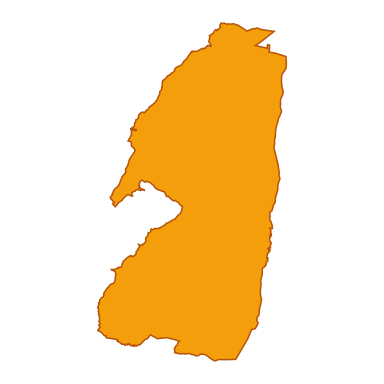 outline of Cuca, Arges, Romania
{"feature_id": "2599482B86773297924041", "entity_name": "Cuca", "entity_type": "district", "adm_level": 2, "iso_a3": "ROU", "parent_name": "Romania", "parent_adm1": "Arges", "projection": "equal_earth", "projection_center": [24.49, 44.95], "detail": "fine", "context": "isolated", "style": "filled", "palette": "amber", "viewbox_px": 384, "rotation_deg": 0, "n_neighbors": 0, "source": "geoboundaries", "source_scale": "gbopen_adm2", "svg_char_len": 5986}
<svg xmlns="http://www.w3.org/2000/svg" viewBox="0 0 384 384"><path d="M247.7,338.9L251.7,329.4L254.1,329.1L255.4,328.4L258.0,323.6L258.0,322.7L257.0,321.2L256.9,318.3L257.2,317.4L258.9,315.1L259.8,306.7L260.4,305.8L261.6,299.0L261.1,297.8L260.4,294.1L260.4,290.5L261.1,282.7L260.6,281.4L262.2,274.1L262.4,268.3L264.3,267.1L266.1,264.8L266.2,262.8L267.9,260.8L267.1,259.3L268.0,258.5L267.6,257.7L266.8,257.6L267.4,253.7L268.6,252.9L269.0,252.3L268.8,250.2L270.0,250.7L270.1,249.9L269.7,249.3L268.0,248.8L268.0,248.3L270.6,247.7L269.9,246.3L270.7,245.1L271.3,243.0L270.9,242.3L270.1,242.2L269.6,239.3L269.6,238.2L270.3,237.3L270.0,236.2L271.2,236.0L271.3,235.5L270.1,235.1L270.2,234.7L271.2,234.2L271.4,233.7L270.7,233.0L270.9,230.9L270.5,229.1L269.9,228.2L272.2,228.6L272.5,228.4L271.9,227.9L272.5,225.9L271.9,224.7L271.2,222.2L269.7,219.0L269.6,217.6L270.3,216.4L269.8,215.9L269.8,213.2L270.3,212.0L272.0,210.7L273.5,204.8L274.6,203.6L275.3,201.6L275.2,199.5L276.3,194.3L277.0,193.4L276.8,192.3L277.4,191.3L277.9,188.6L277.8,185.8L278.8,181.7L280.0,178.8L278.8,174.9L279.4,173.5L277.9,164.1L274.0,148.0L274.0,146.1L274.6,144.8L274.6,139.2L275.3,136.8L275.6,130.5L276.9,124.2L277.7,122.6L278.6,118.0L279.7,116.4L280.1,114.6L281.4,112.1L281.4,110.7L280.2,106.7L280.6,104.5L280.4,100.4L280.6,99.3L282.8,94.4L283.2,91.1L282.2,88.1L281.8,85.6L281.4,80.7L281.7,76.0L281.9,74.7L285.9,68.6L286.2,66.2L286.4,61.7L285.9,56.5L275.2,53.1L269.0,52.1L269.6,49.4L269.5,46.7L269.7,45.1L267.6,44.7L267.2,46.0L267.5,48.4L255.4,45.5L261.5,41.3L274.1,31.4L261.8,29.6L257.5,28.1L256.4,28.0L254.7,29.0L252.8,28.6L247.1,31.1L237.6,24.9L236.6,25.0L233.6,23.7L230.3,24.2L228.4,23.8L226.5,24.3L224.3,23.1L222.4,23.6L221.2,23.0L220.0,24.9L219.9,25.6L220.7,26.6L218.1,29.6L217.0,30.6L216.7,30.2L216.8,29.8L216.0,29.6L214.9,30.2L213.2,33.2L209.3,35.7L209.8,37.2L208.8,41.5L208.9,42.0L210.3,43.6L210.6,44.3L210.6,45.5L211.4,46.9L210.0,45.7L208.1,45.2L207.1,46.3L206.2,46.6L205.6,48.1L203.7,48.3L203.9,48.6L201.0,49.0L196.8,51.4L195.2,51.5L193.0,51.1L191.5,51.4L191.9,52.3L190.5,52.9L186.9,58.3L185.5,60.0L184.2,60.8L181.8,64.5L180.3,65.7L176.3,67.3L174.8,69.2L174.6,70.7L174.1,71.4L172.5,72.8L171.2,73.1L170.3,74.8L169.3,74.9L168.4,75.8L167.5,76.0L166.9,76.6L166.4,77.9L162.7,80.7L162.7,81.6L162.1,82.7L162.4,84.0L162.3,85.5L161.6,86.9L161.9,87.7L161.6,88.4L161.8,89.1L161.0,90.5L159.7,91.5L159.9,93.6L159.6,94.6L158.9,95.2L157.2,99.6L155.5,101.8L155.3,102.4L154.8,103.1L153.9,103.4L152.6,104.9L151.3,105.4L150.9,106.2L149.4,106.8L148.3,109.0L146.2,110.4L145.8,111.7L145.0,111.9L144.1,112.8L142.8,112.0L142.2,112.1L140.6,113.0L139.0,114.6L138.5,115.5L138.5,117.0L137.8,118.8L137.3,119.3L135.8,119.9L135.8,121.1L134.5,123.6L134.6,125.6L134.4,126.2L131.4,128.2L136.4,129.7L136.0,130.8L131.0,129.6L131.3,130.5L131.5,134.6L128.1,141.0L130.6,141.7L131.3,142.3L131.4,145.9L134.8,149.3L134.7,151.5L129.5,159.3L127.7,165.6L126.4,167.8L125.7,168.5L125.5,172.8L122.6,176.1L121.2,179.1L119.0,184.8L117.7,186.5L115.6,188.2L113.7,190.5L112.9,192.7L112.2,193.7L112.4,194.8L110.6,196.6L110.2,198.0L112.8,200.9L113.0,201.4L114.4,202.4L112.6,203.8L115.3,206.8L119.0,202.3L121.9,200.5L124.0,197.8L127.6,194.6L132.2,196.2L132.7,195.8L131.5,194.2L131.7,193.4L133.3,191.6L135.2,191.1L136.2,189.8L137.3,189.6L140.4,190.5L142.1,189.8L144.4,190.4L144.5,189.9L142.5,189.2L140.2,187.9L139.1,188.1L139.6,186.8L139.0,186.5L139.5,185.4L139.0,185.0L139.8,182.5L140.6,181.1L141.9,180.0L143.5,181.3L145.3,182.2L146.9,181.2L150.5,182.8L153.7,185.6L155.2,187.9L157.9,189.7L164.6,192.0L166.6,196.6L168.0,196.2L171.4,199.4L173.6,200.9L174.9,200.4L178.7,202.7L179.0,203.6L179.9,204.6L181.2,205.8L182.4,206.4L182.0,208.7L181.5,211.0L180.4,213.2L179.6,214.2L177.8,215.5L174.9,219.1L172.5,220.1L168.2,222.7L166.7,223.1L163.8,225.7L159.5,228.0L157.0,228.7L154.9,228.4L153.9,229.1L152.4,229.6L151.8,229.5L151.4,229.0L150.8,229.9L150.6,231.6L149.4,232.8L148.5,232.6L148.2,232.8L147.8,233.9L148.0,234.8L147.4,236.1L145.9,237.6L145.6,239.4L146.0,240.0L146.0,240.6L144.8,242.9L144.0,243.6L143.0,243.9L142.7,244.2L142.8,244.7L142.0,244.9L141.5,245.5L141.0,245.3L140.3,245.5L139.7,244.8L138.7,244.4L139.4,245.8L139.5,246.7L137.8,249.1L138.1,249.7L136.4,251.4L135.9,252.4L136.1,253.5L135.9,254.2L133.3,256.5L132.2,256.5L132.0,256.0L131.0,255.5L130.5,256.2L129.5,256.0L126.9,258.0L123.3,261.3L122.5,263.1L121.8,266.0L121.0,267.0L118.2,267.4L118.3,268.2L116.2,268.6L114.4,269.7L112.4,269.3L111.3,269.5L111.5,269.9L114.7,271.2L115.5,272.3L115.5,273.5L116.1,274.7L115.5,276.0L114.9,280.9L114.4,282.2L113.5,283.3L110.4,284.4L108.6,286.9L107.2,288.2L104.0,292.8L103.6,294.1L104.0,295.0L103.4,295.9L103.3,296.7L101.6,297.7L100.0,299.5L99.6,300.6L99.6,302.2L98.5,302.9L99.0,304.5L98.2,305.7L98.2,306.9L97.6,307.9L98.5,308.8L98.7,309.8L98.6,310.5L98.1,311.1L98.7,312.0L98.5,314.2L99.3,315.0L99.0,315.6L99.3,315.9L99.2,316.4L99.5,317.9L99.4,318.9L99.6,320.0L98.9,321.2L99.3,321.7L99.3,322.2L99.7,322.6L100.1,324.1L99.9,324.7L99.1,324.7L98.8,325.0L100.0,327.6L99.0,328.4L98.7,329.4L97.9,329.8L98.2,330.8L99.9,331.4L101.5,332.6L103.3,334.5L104.0,335.5L106.0,335.9L105.7,337.0L106.5,337.8L115.3,339.2L117.8,339.9L117.1,341.1L119.4,342.3L122.2,344.4L123.6,344.3L125.2,345.3L125.5,345.0L125.6,344.2L127.4,344.9L127.7,344.0L128.7,343.5L128.9,343.6L129.0,344.5L129.9,344.3L130.3,345.4L132.7,346.0L132.7,345.3L133.4,345.6L134.3,345.2L134.0,345.9L134.3,346.2L135.9,345.8L136.6,346.0L137.3,345.2L138.1,345.4L139.1,344.7L140.4,344.5L144.1,340.4L145.5,339.4L147.4,338.7L150.4,334.8L157.4,338.7L166.8,337.6L173.8,339.5L174.9,339.5L175.8,340.1L179.3,341.0L178.2,342.2L177.0,345.4L175.8,346.0L174.5,348.2L174.4,349.4L174.8,349.4L174.9,350.2L174.7,352.6L176.7,353.3L177.7,353.0L178.9,353.8L180.8,353.9L181.8,353.5L182.7,353.9L184.3,353.6L185.4,354.1L186.6,353.6L189.4,353.6L192.0,354.6L193.5,354.6L195.6,355.8L198.0,355.8L200.8,354.0L204.6,354.6L206.1,355.1L211.7,359.3L215.0,361.0L219.1,359.4L222.2,359.7L235.7,359.4L247.7,338.9Z" fill="#f59e0b" stroke="#b45309" stroke-width="1.5"/></svg>